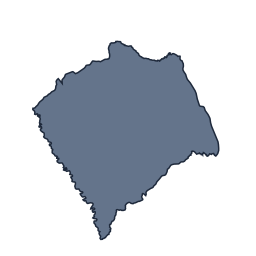 the district of São José do Xingu, Mato Grosso, Brazil, rotated 148°
{"feature_id": "56859067B62238110035990", "entity_name": "São José do Xingu", "entity_type": "district", "adm_level": 2, "iso_a3": "BRA", "parent_name": "Brazil", "parent_adm1": "Mato Grosso", "projection": "robinson", "projection_center": [-52.561, -10.682], "detail": "fine", "context": "isolated", "style": "filled", "palette": "slate", "viewbox_px": 256, "rotation_deg": 148, "n_neighbors": 0, "source": "geoboundaries", "source_scale": "gbopen_adm2", "svg_char_len": 5793}
<svg xmlns="http://www.w3.org/2000/svg" viewBox="0 0 256 256"><g transform="rotate(148 128 128)"><path d="M202.6,176.6L202.8,175.8L201.8,175.2L201.2,175.4L200.8,175.0L201.1,174.0L201.6,173.4L202.6,173.5L203.1,173.1L203.4,172.4L203.1,170.7L202.6,170.2L202.6,169.6L202.0,168.7L201.9,167.9L203.2,165.7L204.1,165.3L204.2,164.6L203.7,163.2L202.5,161.6L202.3,160.9L202.4,159.7L202.8,158.8L201.0,156.5L201.0,155.8L201.4,155.3L202.3,155.2L202.8,155.9L203.5,155.6L203.8,154.7L203.0,153.6L202.9,153.0L203.8,151.2L203.2,149.8L203.5,149.2L204.5,148.8L204.9,147.8L205.3,147.4L205.4,146.9L204.5,144.6L204.6,143.0L204.0,142.3L203.3,141.9L203.2,141.0L204.1,140.7L204.5,140.1L202.9,139.0L203.1,138.4L203.9,138.5L204.6,137.9L205.5,137.8L205.8,137.3L205.9,136.7L205.0,134.7L202.7,133.5L202.3,132.9L202.5,129.8L202.8,129.3L203.9,128.8L203.4,127.6L201.5,127.0L201.5,126.1L201.8,125.5L203.7,127.1L204.3,127.1L204.9,126.6L204.6,126.0L203.5,125.1L203.0,123.8L200.4,122.8L200.3,121.9L200.9,120.0L201.7,119.8L202.0,119.5L200.3,117.6L200.4,116.8L200.9,116.4L202.5,116.7L202.6,116.0L202.6,114.0L202.9,113.2L203.5,112.9L203.8,112.4L203.0,111.3L201.7,110.4L201.6,109.4L202.3,108.3L203.9,106.9L204.6,104.6L204.4,103.9L204.0,103.4L202.0,102.3L202.1,100.2L201.9,99.3L200.4,97.9L200.6,97.2L201.4,97.0L203.3,97.6L203.6,97.0L203.3,94.0L202.9,93.4L200.9,92.7L200.7,91.4L201.0,90.8L204.1,91.1L204.2,90.5L203.6,89.2L202.7,89.1L202.3,88.7L202.7,86.6L202.5,85.9L202.1,85.3L199.4,84.5L198.0,83.2L197.8,82.5L198.0,81.9L198.4,81.4L201.8,79.8L202.5,79.1L201.7,78.8L200.1,78.7L199.1,77.8L199.0,77.2L199.5,76.8L200.1,76.7L201.2,77.2L201.9,77.0L202.4,75.9L202.3,75.1L201.8,74.8L201.1,74.9L200.3,74.3L200.8,73.3L201.4,72.7L202.8,72.2L203.3,71.7L203.4,70.8L204.0,70.5L204.9,70.7L205.5,70.4L204.9,69.3L202.8,67.5L202.9,66.8L203.8,66.2L204.3,66.1L205.7,66.9L206.2,66.9L207.0,65.8L207.2,65.1L206.8,63.5L207.4,61.9L206.5,59.4L206.5,58.7L207.6,57.1L207.6,56.4L206.8,54.9L207.7,54.7L208.3,54.1L208.7,52.7L208.5,50.8L210.2,49.2L210.1,47.9L208.7,47.2L208.2,47.6L206.9,47.1L206.0,47.3L205.2,47.0L204.1,47.6L201.6,48.3L200.6,47.9L200.0,48.7L198.8,49.6L198.0,49.5L197.4,49.9L196.9,51.4L196.2,51.4L195.8,52.0L196.1,53.7L195.6,54.2L195.0,55.6L194.3,55.9L193.7,55.5L191.1,57.3L189.7,57.1L188.3,57.6L187.2,58.5L186.8,59.3L185.3,60.5L184.6,60.6L183.7,61.5L183.4,62.2L182.1,63.2L181.7,63.8L181.5,64.5L180.9,64.7L180.1,64.3L179.0,62.9L178.1,62.7L177.6,62.4L177.1,61.5L176.5,61.2L176.0,60.7L174.0,60.1L172.8,60.9L172.2,62.2L171.5,63.1L171.3,63.8L169.9,64.4L168.3,64.7L166.5,64.4L165.9,63.8L165.3,62.4L163.8,61.1L162.8,61.2L161.2,60.6L158.2,60.3L157.1,59.7L153.8,59.3L153.3,59.6L153.1,60.3L153.2,61.2L152.8,62.6L151.7,63.3L150.8,64.5L150.1,64.6L149.6,63.9L148.8,61.3L147.6,62.3L147.2,63.5L146.5,64.1L145.0,64.7L140.7,64.7L138.8,64.4L138.1,64.5L136.6,65.3L134.3,65.6L132.0,67.1L128.1,68.2L125.2,69.3L124.0,69.3L121.9,68.5L120.7,68.5L118.1,70.2L116.4,72.1L114.8,72.2L111.6,73.7L110.4,73.7L108.1,73.0L104.2,70.8L103.3,70.7L101.6,71.1L100.4,70.9L99.3,70.1L97.7,69.9L95.9,70.6L94.3,70.5L93.6,70.8L93.0,70.6L92.1,71.7L91.4,71.6L90.2,72.1L89.0,71.7L88.8,72.4L87.5,72.7L86.7,73.7L86.5,74.4L85.8,74.4L85.4,73.9L84.7,73.5L84.2,72.5L83.6,69.4L82.2,69.2L81.5,68.8L80.8,69.0L80.7,68.2L80.0,67.8L80.0,66.5L79.4,66.2L78.9,66.5L78.9,65.7L78.2,66.7L77.3,66.6L77.0,67.1L76.6,66.5L76.5,65.7L76.0,64.7L76.2,64.0L75.6,63.8L75.9,62.3L75.3,61.9L74.0,62.1L72.4,62.9L71.3,61.4L70.2,61.7L69.8,61.3L68.9,61.0L69.1,59.9L68.7,59.6L69.0,58.9L68.4,57.7L66.8,58.2L65.4,58.8L63.0,60.9L61.8,62.8L60.1,66.0L59.0,68.6L56.2,85.2L55.2,88.6L53.5,92.5L53.3,93.5L53.0,97.0L53.3,101.8L52.5,105.0L52.9,106.3L55.1,108.1L55.4,108.6L55.5,109.3L53.9,115.8L51.9,121.2L51.4,124.1L51.3,133.0L51.9,137.7L51.6,139.6L50.7,142.9L50.8,145.9L50.7,147.9L49.9,149.4L48.2,151.1L47.1,153.2L46.6,156.5L47.2,157.1L47.4,158.2L47.3,159.0L45.8,161.2L46.7,162.0L47.8,162.3L48.1,163.9L49.5,166.3L50.2,167.1L50.8,167.4L52.6,167.3L53.3,168.4L52.4,169.1L52.9,169.7L54.1,169.7L54.1,168.9L54.6,168.4L55.1,168.8L56.3,168.8L56.9,168.4L57.0,167.9L58.0,167.4L58.6,168.5L59.1,168.8L60.0,167.9L60.6,168.4L61.2,168.5L61.8,168.0L62.8,168.8L63.9,168.3L64.6,168.6L65.1,168.1L65.8,168.0L66.4,169.3L67.0,169.7L67.6,169.3L69.4,170.7L69.5,171.4L71.6,172.7L72.0,173.4L73.1,174.2L74.0,175.9L74.7,176.3L75.8,177.5L77.0,178.3L77.6,178.4L77.8,179.1L78.8,180.3L78.7,181.0L79.5,181.9L80.1,183.8L79.7,185.7L80.4,187.3L80.7,188.8L80.4,189.4L80.8,189.9L81.6,191.7L81.7,192.4L81.5,193.4L82.0,194.5L81.7,195.3L81.9,196.0L83.5,196.8L84.2,196.9L86.6,199.4L86.6,200.1L87.1,199.9L87.7,201.8L88.1,202.1L88.8,203.5L88.6,205.0L89.0,205.6L89.5,205.7L91.2,207.2L92.5,207.8L92.8,207.2L93.8,207.3L95.6,208.0L96.8,208.9L97.5,209.0L98.7,208.8L99.0,208.1L100.1,207.8L101.7,206.6L102.6,205.5L103.3,203.1L103.9,202.4L104.4,200.5L105.1,199.2L105.9,198.1L107.2,197.0L107.9,196.9L108.5,197.3L109.3,197.3L110.0,197.9L111.4,198.5L116.2,198.8L117.3,200.0L119.7,201.3L122.3,203.5L123.0,203.4L126.3,202.0L127.1,201.9L129.5,203.0L130.4,203.2L131.8,202.4L133.4,201.9L141.4,201.5L143.8,202.0L144.6,204.3L144.8,204.8L145.3,205.2L152.0,206.5L152.7,206.5L155.0,204.8L158.0,203.9L158.7,203.4L160.2,200.6L161.0,206.8L162.4,206.6L164.2,205.7L165.5,202.6L166.9,201.8L168.6,199.7L169.8,199.0L170.6,198.8L173.5,199.1L176.0,198.5L177.6,198.7L179.4,198.1L182.9,198.5L185.0,197.4L188.9,196.9L190.6,196.3L192.4,195.3L194.8,194.9L196.1,194.4L197.1,194.7L197.6,194.6L198.2,195.1L198.9,194.2L198.9,193.5L198.5,192.8L198.4,191.6L198.8,190.4L199.8,189.2L199.0,188.2L197.5,188.3L197.2,187.5L198.3,186.0L197.7,185.1L196.9,186.0L196.3,186.1L195.9,185.7L196.2,184.9L196.9,184.3L197.6,184.0L197.3,182.9L197.7,181.9L198.5,181.5L199.3,180.3L200.2,179.5L200.5,178.2L199.7,178.0L199.5,176.9L200.9,176.8L201.1,177.4L201.5,176.5L201.9,176.3L202.6,176.6Z" fill="#64748b" stroke="#1e293b" stroke-width="1.5"/></g></svg>